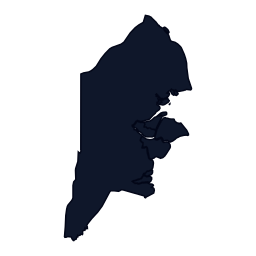 Indragiri Hilir, Riau, Indonesia
{"feature_id": "22746128B36468792556341", "entity_name": "Indragiri Hilir", "entity_type": "district", "adm_level": 2, "iso_a3": "IDN", "parent_name": "Indonesia", "parent_adm1": "Riau", "projection": "equal_earth", "projection_center": [103.334, -0.292], "detail": "fine", "context": "isolated", "style": "filled", "palette": "ink", "viewbox_px": 256, "rotation_deg": 0, "n_neighbors": 0, "source": "geoboundaries", "source_scale": "gbopen_adm2", "svg_char_len": 5943}
<svg xmlns="http://www.w3.org/2000/svg" viewBox="0 0 256 256"><path d="M154.0,188.7L153.3,187.9L151.6,187.4L153.4,185.6L153.3,185.0L152.0,184.1L149.5,183.9L147.2,182.7L142.5,183.0L138.4,184.1L136.5,183.3L134.9,183.5L132.2,181.3L133.1,180.7L135.5,180.3L136.8,179.6L141.0,178.4L141.8,177.4L143.1,175.1L143.2,174.4L143.7,173.6L144.1,173.3L145.2,173.3L147.1,171.1L148.7,171.0L151.5,169.8L152.4,168.6L152.9,167.2L153.4,163.3L153.3,162.1L152.6,160.4L150.1,159.6L148.7,158.3L148.4,156.4L147.4,153.5L146.7,147.4L146.1,147.3L143.7,148.2L142.0,147.8L143.0,143.9L143.0,143.2L142.8,142.8L141.8,142.4L140.5,141.1L140.2,140.2L141.2,137.3L142.2,136.2L141.5,135.1L137.9,132.5L135.8,129.8L134.2,129.7L134.0,127.4L132.7,126.9L132.3,126.3L132.2,125.1L134.2,124.1L135.8,121.4L137.3,120.4L140.6,121.4L141.5,121.4L149.4,119.2L153.1,115.2L155.3,113.3L155.9,112.1L159.2,109.7L160.0,108.1L159.5,106.5L156.8,104.6L156.9,102.4L158.3,101.6L158.6,100.1L158.5,99.5L157.7,98.7L158.0,97.8L157.5,95.9L156.6,96.5L156.1,96.2L156.3,94.9L155.9,94.5L156.6,93.9L159.9,97.4L160.2,97.8L160.2,99.0L160.7,99.0L162.1,98.3L163.4,99.2L164.1,98.4L166.2,97.9L167.4,96.8L168.1,96.6L169.1,95.1L169.5,94.1L169.4,93.2L168.7,92.5L167.6,93.3L166.8,93.1L168.7,91.2L169.8,90.6L171.4,89.1L173.2,90.3L173.8,90.1L176.3,90.8L176.2,90.3L177.8,91.3L178.9,91.4L184.0,90.4L184.7,89.9L185.4,90.0L186.2,89.4L190.7,89.9L191.4,89.1L191.5,88.3L188.2,78.5L186.8,67.7L186.6,63.1L185.6,58.6L184.2,54.3L181.4,48.0L180.6,46.8L177.7,44.0L175.0,42.3L171.2,41.3L170.1,39.7L168.6,35.1L167.6,33.8L165.3,31.6L163.2,28.6L159.4,26.3L159.3,25.8L158.6,25.6L158.6,25.2L158.2,25.1L155.8,21.9L153.7,20.0L153.5,19.5L152.9,19.3L151.2,17.3L148.9,16.1L145.4,15.4L143.3,22.4L139.2,24.7L135.2,27.7L130.3,32.9L124.0,42.1L121.1,44.2L112.2,47.4L109.8,48.8L105.3,53.4L101.1,58.6L96.3,66.3L92.8,69.6L90.6,71.1L88.7,72.0L83.7,72.9L80.9,74.0L80.8,150.0L81.2,151.0L79.9,153.1L79.4,153.1L78.3,152.0L77.9,161.5L75.7,168.5L75.5,170.4L75.8,179.5L73.7,181.9L73.0,185.5L73.0,197.7L72.5,199.2L71.7,200.6L68.2,204.8L67.4,206.3L66.7,209.0L65.8,215.5L65.3,226.8L64.5,236.6L64.9,237.3L66.2,237.2L67.7,236.6L70.8,236.9L71.4,237.3L72.1,239.0L73.3,240.5L73.8,240.6L74.5,239.8L76.3,239.0L76.6,237.1L77.7,237.0L77.7,235.5L78.2,235.9L79.7,235.2L80.1,235.2L80.9,234.1L82.3,234.6L82.7,233.9L82.5,231.4L83.2,230.6L83.9,230.5L84.3,230.0L84.9,230.2L85.2,229.3L84.8,228.5L85.0,227.8L86.3,228.7L86.6,228.3L87.4,228.5L87.3,226.7L86.6,225.9L87.6,223.8L91.7,218.6L97.6,212.2L102.1,206.1L109.7,191.9L110.6,190.8L114.3,190.8L118.7,191.3L121.6,189.7L123.4,190.0L144.2,195.9L144.4,196.1L144.7,197.4L145.4,197.8L145.8,197.6L146.3,196.7L147.4,196.4L153.7,193.0L154.3,190.4L154.0,188.7ZM166.8,118.3L165.3,117.6L163.4,118.1L161.5,120.9L158.9,125.5L156.8,130.0L156.1,133.1L154.8,137.0L155.1,137.9L155.8,138.7L156.6,139.0L161.0,137.2L162.1,137.9L163.6,140.9L166.1,140.3L167.8,140.4L169.5,141.9L169.8,141.6L170.4,142.0L172.7,141.0L175.2,139.2L176.4,138.0L178.9,136.9L179.3,136.4L183.9,135.3L186.3,135.1L187.8,135.4L188.5,134.9L188.4,133.8L186.7,130.3L180.9,123.1L180.2,123.1L179.1,123.7L179.0,123.3L176.4,122.7L176.3,122.3L175.3,121.8L174.7,120.9L174.1,119.3L173.6,119.1L171.2,119.1L169.0,118.8L167.7,118.2L166.8,118.3ZM146.4,139.1L142.7,136.7L141.4,137.5L140.4,140.2L141.8,142.0L143.0,142.5L143.2,143.0L142.6,147.4L146.3,146.6L147.3,147.6L149.2,157.6L149.6,158.3L150.9,158.8L152.1,158.9L152.7,158.4L154.1,158.0L155.3,156.9L156.5,156.6L160.6,158.3L161.0,158.1L161.1,157.8L161.6,158.0L162.8,157.6L164.9,155.8L165.2,154.8L165.5,154.9L166.3,153.8L169.9,148.1L170.3,147.0L170.3,146.1L170.0,144.5L168.4,142.5L166.7,141.9L163.8,142.5L163.2,142.2L162.2,140.9L161.6,138.9L161.0,138.4L156.8,140.1L155.2,139.5L154.3,138.6L152.3,139.4L150.0,139.7L146.4,139.1ZM140.3,122.5L137.6,121.4L136.9,121.5L134.8,124.7L132.9,126.0L133.0,126.3L134.2,126.8L134.7,127.6L136.6,128.5L138.9,131.4L140.4,132.0L141.8,133.1L143.8,135.6L146.1,136.8L152.3,136.9L153.4,136.5L154.9,134.5L155.6,132.0L155.7,130.8L153.5,129.3L151.8,129.4L150.1,128.1L148.8,128.1L147.8,128.6L145.8,127.0L144.3,127.2L144.1,127.0L144.1,126.3L144.9,124.3L144.0,122.4L140.3,122.5ZM156.9,126.8L161.8,117.2L162.0,116.6L161.3,115.6L157.7,116.3L154.5,117.4L152.1,119.7L150.4,120.8L144.1,122.3L144.9,124.1L144.9,124.5L144.2,126.3L144.2,127.0L145.8,126.8L147.6,128.3L148.9,127.8L150.2,127.9L152.0,129.2L154.2,129.2L155.6,130.4L156.9,126.8ZM143.8,175.5L143.3,175.6L142.1,177.8L141.2,178.8L135.0,180.8L133.6,180.8L133.1,181.3L133.6,182.2L134.6,182.9L137.0,182.9L138.8,183.6L142.0,182.3L144.4,182.3L147.2,181.7L149.4,182.4L150.7,181.3L151.7,179.2L151.6,177.6L151.1,177.6L151.2,177.2L149.7,176.2L146.8,176.8L143.8,175.5ZM168.5,99.9L167.6,98.2L166.3,98.9L164.6,98.9L163.9,99.6L162.5,100.2L161.4,101.1L161.8,102.4L160.4,102.7L160.4,104.5L162.9,105.0L164.6,104.5L168.4,102.1L168.9,101.5L169.2,100.6L168.5,99.9ZM152.6,170.6L152.4,170.3L151.7,170.2L150.1,170.5L148.9,171.3L147.3,171.2L145.1,173.6L144.0,173.5L143.3,174.3L143.2,174.9L145.5,175.4L146.9,176.1L151.0,174.7L151.7,174.2L152.5,172.8L152.6,170.6ZM166.0,112.1L163.0,112.3L160.9,113.0L157.7,115.6L161.1,115.0L163.0,116.1L166.5,114.6L166.7,113.8L166.6,112.7L166.0,112.1ZM174.0,92.4L174.0,91.6L173.6,90.9L171.4,89.3L169.8,90.9L171.5,92.6L171.7,93.5L172.3,94.3L173.7,95.2L174.7,94.9L174.7,94.6L174.0,92.4ZM168.6,32.9L169.0,32.3L168.9,31.8L167.8,29.6L165.4,27.5L164.3,27.2L163.7,27.6L164.4,29.1L165.7,30.6L168.6,32.9ZM176.6,95.4L178.1,93.9L177.9,93.2L176.3,91.2L173.9,90.3L173.5,90.4L174.1,91.6L174.8,94.3L175.8,95.3L176.6,95.4ZM160.2,102.6L161.7,102.2L161.2,101.2L160.2,100.0L159.7,100.0L159.0,100.3L158.5,101.8L157.2,102.9L159.0,104.3L160.1,104.5L160.2,102.6ZM157.4,95.1L156.4,94.2L156.2,94.4L156.5,95.4L156.3,95.9L156.7,96.1L157.2,95.5L157.8,95.8L158.2,97.2L158.0,98.7L158.9,99.8L159.8,99.5L161.4,100.6L162.6,99.4L162.1,98.8L160.9,99.6L160.0,99.3L159.8,98.8L159.8,97.8L158.4,96.7L157.4,95.1ZM168.8,104.6L169.7,104.4L169.8,103.9L168.8,104.6Z" fill="#0f172a" stroke="#020617" stroke-width="1.5"/></svg>